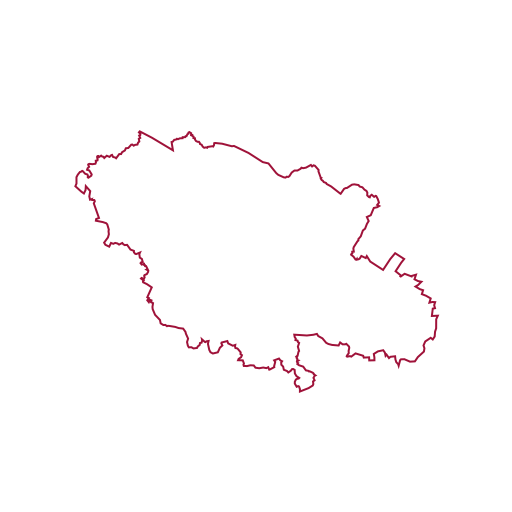 Zona Bananera, Magdalena, Colombia, rotated 120°
{"feature_id": "7082276B35550035706451", "entity_name": "Zona Bananera", "entity_type": "district", "adm_level": 2, "iso_a3": "COL", "parent_name": "Colombia", "parent_adm1": "Magdalena", "projection": "mercator", "projection_center": [-74.184, 10.797], "detail": "fine", "context": "isolated", "style": "outline", "palette": "rose", "viewbox_px": 512, "rotation_deg": 120, "n_neighbors": 0, "source": "geoboundaries", "source_scale": "gbopen_adm2", "svg_char_len": 6125}
<svg xmlns="http://www.w3.org/2000/svg" viewBox="0 0 512 512"><g transform="rotate(120 256 256)"><path d="M151.1,174.3L151.2,176.6L148.3,176.2L145.8,179.0L144.0,181.8L144.1,182.5L145.7,183.3L145.1,186.4L146.7,187.1L148.3,186.8L148.5,187.6L147.9,190.0L145.4,191.3L144.4,192.9L144.3,195.3L143.3,198.2L144.0,201.0L143.3,202.7L144.8,206.7L146.2,208.5L151.7,211.3L152.3,212.3L153.8,213.3L159.8,213.8L159.8,214.4L158.2,225.7L158.3,230.8L157.7,231.9L158.1,234.3L157.4,235.8L157.4,237.0L156.6,238.6L155.8,238.5L155.9,239.0L151.5,244.2L150.2,244.8L148.4,250.1L148.7,251.5L150.4,252.2L149.7,254.0L154.5,256.9L156.4,259.1L156.8,260.8L158.2,261.0L161.2,262.8L162.7,265.4L163.3,265.7L165.9,266.8L170.1,267.0L171.4,267.6L172.0,269.1L173.3,269.6L174.0,271.3L174.6,277.3L174.1,279.9L169.6,291.5L171.3,297.1L170.5,314.0L171.7,330.1L173.0,331.7L175.7,341.5L178.6,348.0L179.2,348.6L180.9,347.8L182.6,347.8L182.7,348.6L185.7,352.4L186.7,352.4L186.9,353.6L188.2,355.0L187.9,356.9L186.8,358.7L187.0,360.5L186.2,361.2L185.6,362.5L186.3,363.7L186.4,365.5L185.5,367.3L184.6,367.7L185.1,369.2L183.8,369.8L183.8,371.4L183.1,371.7L183.7,372.7L182.1,373.5L182.0,375.7L182.9,376.2L183.9,375.7L184.8,376.3L187.0,376.1L187.5,376.9L188.5,376.8L189.8,378.9L190.7,378.5L192.2,380.8L193.9,382.0L194.0,383.1L195.2,383.5L196.3,384.9L198.5,385.2L199.5,386.1L206.0,380.8L205.6,405.2L206.2,419.0L207.5,419.2L208.0,417.2L209.2,416.7L210.1,417.4L211.6,415.3L213.1,416.1L215.2,414.3L216.7,414.8L218.8,414.4L220.2,416.3L221.6,417.1L221.3,418.8L222.0,419.7L226.3,420.6L227.8,422.6L230.1,422.3L233.1,423.9L235.2,423.8L236.1,425.4L241.3,426.0L241.1,427.1L241.7,429.3L240.4,431.2L241.1,431.8L243.4,432.4L243.8,435.4L247.0,436.4L246.3,437.7L246.8,438.8L246.5,440.3L248.8,441.4L248.2,442.5L248.7,443.2L249.6,443.2L251.9,441.2L252.5,441.1L253.6,442.4L255.0,441.4L256.4,441.2L258.3,443.6L259.4,446.2L260.2,447.0L260.9,447.0L262.2,445.1L264.2,445.7L265.8,445.4L265.3,443.1L267.5,439.1L268.8,438.8L272.0,440.3L272.0,441.0L270.4,441.8L269.7,442.8L270.2,445.0L269.1,448.6L269.2,449.1L270.7,449.8L271.3,450.5L274.6,451.0L277.5,450.9L283.0,447.7L285.9,447.3L287.6,439.4L287.9,436.3L284.1,436.6L280.6,438.3L282.7,432.0L287.7,430.2L290.2,427.9L289.1,426.9L289.5,426.9L289.5,426.1L288.4,424.0L289.1,423.0L291.5,422.8L301.6,411.0L303.9,412.9L305.5,412.3L303.2,405.6L302.5,402.1L303.0,400.6L306.7,396.7L308.3,396.1L310.7,394.3L314.0,393.5L320.4,394.2L321.6,392.0L321.3,387.8L317.2,388.1L316.8,385.7L315.1,384.5L314.4,382.2L314.6,380.3L311.6,378.3L312.2,376.8L312.2,375.1L310.8,373.2L313.2,367.9L312.6,364.3L313.9,363.5L314.5,361.6L314.2,360.7L311.0,358.2L312.7,358.0L315.5,355.8L315.6,353.4L317.8,351.1L318.8,352.2L319.9,352.4L320.6,350.7L318.8,349.0L319.7,348.4L319.4,347.7L320.2,347.0L319.7,346.1L321.6,343.3L322.5,344.0L322.5,342.0L323.7,341.5L326.2,341.5L328.3,343.0L329.2,342.9L330.1,341.8L331.9,341.6L332.2,344.1L333.0,344.3L333.4,341.0L334.5,341.2L335.2,340.6L334.9,336.4L335.3,330.6L346.1,329.5L346.0,327.8L348.7,328.0L349.6,325.7L346.9,325.9L346.7,324.3L348.5,323.7L348.3,321.6L351.9,320.2L353.7,318.9L357.4,314.0L359.4,307.2L362.0,304.9L362.1,301.7L361.0,300.0L361.3,298.0L360.6,297.5L359.9,296.1L357.8,290.5L357.1,287.0L355.3,282.8L357.0,279.1L358.3,277.9L361.5,273.5L365.0,272.7L367.7,270.2L368.7,268.5L367.3,266.3L367.3,263.9L365.1,261.1L363.5,261.2L361.2,260.3L359.4,261.0L358.3,259.8L356.0,260.4L355.2,261.1L356.0,257.3L355.8,256.6L354.7,256.3L353.3,254.6L356.1,253.7L360.7,249.5L362.1,247.3L362.0,244.6L358.5,240.9L353.5,241.4L350.3,240.4L348.9,242.4L348.1,242.5L344.0,238.3L345.6,236.4L345.3,231.2L343.4,229.5L344.8,229.0L346.0,227.8L345.4,226.0L345.6,225.1L347.1,221.1L348.7,220.4L348.9,218.6L351.1,218.3L353.8,219.6L355.2,219.4L353.0,215.3L355.1,212.7L356.4,212.5L357.3,211.6L355.8,208.7L353.5,206.3L351.9,203.2L353.0,200.6L351.6,197.1L349.0,194.0L347.9,190.9L346.2,189.8L347.8,187.7L347.4,187.3L343.1,184.6L342.4,185.2L338.1,186.4L337.3,188.1L333.3,184.8L334.2,182.8L334.1,180.8L335.7,180.9L337.5,179.7L338.2,177.2L340.6,175.0L340.1,171.6L340.7,169.8L338.0,168.5L335.9,168.2L335.3,167.3L335.3,165.6L338.3,163.6L339.8,160.9L340.0,157.6L340.8,157.8L341.8,159.0L343.1,159.7L345.5,159.5L347.1,158.6L348.9,155.4L347.6,154.5L347.5,153.5L349.3,151.4L351.4,150.2L344.1,144.4L339.8,142.1L338.3,142.3L336.1,143.9L334.4,143.1L332.8,145.3L330.2,145.3L329.7,144.9L329.5,146.9L329.0,147.2L328.7,148.4L329.0,151.7L329.5,152.3L329.2,153.0L330.1,155.6L328.2,159.8L329.1,164.2L328.9,166.1L327.7,166.0L327.7,166.9L327.0,167.7L325.3,167.0L325.6,168.3L324.4,168.8L323.9,170.0L322.8,170.0L322.8,170.7L321.3,170.2L317.8,171.3L316.7,171.2L313.6,174.4L309.7,175.2L309.5,176.7L308.5,177.7L309.1,179.8L307.7,180.2L306.8,182.0L305.0,183.5L299.4,172.2L295.5,166.9L293.0,164.3L294.2,162.1L294.1,157.3L296.1,151.8L296.0,149.3L295.0,145.7L292.2,139.7L288.8,139.9L289.2,136.8L287.9,134.6L286.9,133.9L287.9,130.2L288.9,129.3L292.0,128.3L293.7,127.1L296.7,127.4L297.5,127.3L297.6,126.7L295.7,124.5L295.5,123.2L290.6,121.1L288.8,113.3L290.1,111.9L287.2,107.4L289.8,105.7L287.1,101.3L284.7,102.7L281.9,105.0L277.6,102.7L274.0,98.7L275.2,96.1L277.6,93.9L276.1,93.7L277.9,89.8L276.1,89.2L273.3,85.4L275.9,83.5L277.8,81.4L278.6,78.8L279.7,77.6L274.1,79.1L273.0,78.8L271.2,75.9L270.5,69.8L267.8,65.7L262.6,65.3L254.8,62.8L251.7,64.0L249.7,66.2L245.4,66.7L239.5,63.8L239.9,61.2L236.4,61.0L232.0,63.1L228.6,63.8L220.7,68.3L216.8,68.7L220.0,73.7L213.2,76.6L211.7,74.9L209.5,77.1L206.4,77.8L207.6,80.2L209.7,82.5L205.4,83.5L205.4,88.9L206.1,93.3L202.1,94.2L202.8,97.6L202.7,102.6L200.0,101.1L195.6,99.9L196.7,103.1L196.9,107.1L192.2,108.1L195.3,111.1L195.9,111.0L197.1,118.4L201.4,120.4L201.4,120.8L200.4,120.8L199.4,127.5L189.2,126.9L184.5,126.2L184.0,136.9L191.5,138.2L204.5,139.0L203.7,154.3L200.7,160.0L202.9,159.9L203.3,164.8L206.4,164.9L207.5,165.5L208.7,166.8L208.2,167.2L209.0,167.3L209.3,168.0L207.8,171.2L207.3,174.3L206.5,174.4L205.5,173.9L204.2,174.8L203.3,173.5L200.9,175.4L199.4,175.8L192.5,175.5L191.4,175.1L190.2,175.8L186.6,175.1L180.5,176.2L177.8,175.2L172.7,176.0L169.4,175.9L166.8,179.5L163.3,177.0L155.5,178.0L153.1,175.4L151.1,174.3Z" fill="none" stroke="#9f1239" stroke-width="2"/></g></svg>